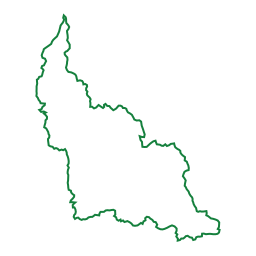 Santa Maria do Suaçuí, Minas Gerais, Brazil (Mercator projection)
{"feature_id": "56859067B88094460609616", "entity_name": "Santa Maria do Suaçuí", "entity_type": "district", "adm_level": 2, "iso_a3": "BRA", "parent_name": "Brazil", "parent_adm1": "Minas Gerais", "projection": "mercator", "projection_center": [-42.328, -18.209], "detail": "fine", "context": "isolated", "style": "outline", "palette": "green", "viewbox_px": 256, "rotation_deg": 0, "n_neighbors": 0, "source": "geoboundaries", "source_scale": "gbopen_adm2", "svg_char_len": 4578}
<svg xmlns="http://www.w3.org/2000/svg" viewBox="0 0 256 256"><path d="M63.8,15.4L63.2,17.9L64.1,19.3L63.6,21.1L62.7,22.8L61.7,24.0L60.6,25.5L60.1,27.6L59.6,29.6L59.1,31.6L58.1,33.9L57.0,36.4L55.1,38.1L53.2,39.9L52.0,41.7L51.2,43.9L49.0,45.5L46.7,47.1L45.1,48.2L43.8,49.2L43.4,51.0L42.5,52.9L41.7,55.3L42.5,57.8L45.0,58.7L46.1,61.1L44.8,63.5L44.0,65.3L42.1,66.0L41.4,68.0L42.7,69.0L43.6,70.2L42.8,72.3L42.2,74.8L41.6,76.3L39.2,76.9L38.3,78.8L36.9,79.7L37.0,81.5L37.2,83.6L36.6,86.3L36.6,89.0L36.5,91.2L36.7,93.6L36.4,96.0L37.9,98.0L38.6,99.8L40.0,101.5L40.6,103.2L42.5,103.4L44.9,103.6L44.7,105.2L42.5,106.9L41.5,109.2L39.3,109.9L41.1,111.9L43.8,111.5L45.8,112.5L43.9,113.5L45.7,115.1L47.0,116.8L46.9,118.9L45.5,120.3L45.4,122.7L44.6,125.4L44.2,127.3L46.2,128.4L47.1,130.0L48.2,132.0L48.6,134.1L49.4,135.5L49.2,137.5L48.0,139.0L48.1,140.8L48.4,142.9L48.7,145.3L50.3,146.3L52.6,146.8L54.2,148.8L56.0,148.1L57.6,148.7L59.3,150.4L61.6,149.6L63.2,150.2L65.0,149.1L66.1,150.9L66.7,152.6L66.8,154.4L67.7,156.4L68.3,158.5L68.7,161.1L68.6,163.6L67.5,165.4L68.8,167.7L68.0,169.6L67.7,171.5L67.6,173.2L68.3,175.0L68.2,177.7L68.1,180.3L67.7,182.8L68.1,185.1L68.3,187.8L68.7,189.8L70.9,190.7L71.2,192.5L72.6,194.1L74.2,195.2L74.1,196.8L72.7,198.6L70.8,200.5L70.3,202.2L72.4,202.2L75.2,202.5L73.8,203.7L72.7,205.1L72.9,207.5L74.4,207.4L75.4,209.4L75.8,211.8L75.4,213.7L74.2,215.0L73.7,216.8L75.0,218.9L76.6,217.9L78.2,217.6L79.8,219.1L81.7,219.9L83.1,219.2L85.0,219.4L86.8,218.9L88.5,217.4L90.6,216.9L92.3,216.9L93.7,215.9L95.0,214.8L97.0,215.1L99.2,215.4L99.5,213.5L100.5,211.9L102.2,211.9L104.0,211.8L105.6,210.5L107.2,210.2L109.6,210.4L111.6,210.0L113.4,209.8L115.1,210.7L115.2,212.8L115.3,214.6L114.1,216.0L116.1,217.3L116.8,219.6L118.6,220.7L120.5,219.6L121.0,221.3L123.1,220.5L124.4,222.0L125.9,221.6L127.4,221.1L129.6,222.2L131.4,223.5L133.0,225.5L135.0,225.8L137.6,225.4L139.4,224.1L141.0,222.9L142.6,223.9L143.5,221.4L145.5,220.3L145.2,218.2L146.8,216.8L149.0,217.2L150.2,218.5L152.4,219.9L153.7,221.8L155.7,222.1L157.2,224.7L156.1,226.9L158.0,228.2L160.3,229.2L162.5,229.4L164.5,228.9L167.3,227.7L169.6,226.4L172.0,225.4L174.6,226.4L176.6,228.5L176.6,230.8L175.6,233.0L177.3,234.4L176.3,236.5L177.9,238.7L177.7,240.6L180.0,240.0L181.3,238.5L183.3,238.5L184.7,237.4L185.8,236.2L187.7,235.8L189.8,237.3L192.0,237.7L193.2,240.0L195.3,239.4L196.3,237.2L198.1,236.6L199.7,236.7L201.9,236.3L202.1,233.7L203.8,233.6L205.9,234.2L208.8,233.9L210.7,233.9L213.2,234.2L215.6,234.2L217.6,233.8L219.0,232.5L219.6,229.8L217.8,229.0L218.9,227.1L219.1,224.7L219.2,222.4L217.7,220.5L215.7,219.6L213.1,218.8L210.9,218.4L209.6,217.3L207.9,216.0L206.3,215.3L206.7,213.1L206.4,211.1L203.7,211.5L201.7,211.6L199.9,211.2L198.2,211.8L196.8,211.2L196.4,209.6L196.1,208.0L194.7,206.1L193.6,204.0L193.2,202.3L192.5,200.8L192.6,198.9L192.1,197.4L190.5,195.6L189.3,193.6L188.6,191.5L186.7,189.2L185.7,187.0L184.7,185.8L185.0,183.6L185.7,180.4L184.3,178.1L182.9,176.2L183.6,173.9L184.5,171.8L186.5,170.6L188.6,170.1L188.8,168.0L188.3,165.4L187.5,163.7L186.8,161.7L184.7,160.4L184.9,158.7L185.0,157.1L183.3,155.9L181.6,154.4L180.4,152.6L180.3,150.9L179.1,149.8L177.5,149.0L175.3,147.3L174.5,145.3L174.1,143.4L172.5,143.7L170.8,143.9L169.1,145.2L166.9,146.0L165.3,144.3L163.2,145.9L161.6,145.7L159.9,144.7L156.8,144.3L156.1,142.6L155.5,140.7L153.4,141.3L151.8,142.4L150.1,143.7L148.3,145.4L146.7,146.9L144.5,147.0L142.4,146.8L142.2,144.8L142.0,141.9L140.5,139.9L140.1,137.9L139.7,136.2L142.0,137.0L144.1,137.1L144.7,134.4L143.9,132.1L143.2,129.8L142.4,127.5L141.7,125.6L141.4,123.5L141.1,121.6L139.4,120.3L136.6,120.5L134.3,119.5L133.5,117.7L132.7,116.3L131.9,114.8L130.1,113.5L127.9,112.3L126.8,110.4L126.3,108.8L124.8,108.0L122.9,108.0L122.1,106.5L120.6,105.7L118.6,105.7L117.3,107.2L116.2,108.5L114.8,109.4L113.3,110.2L112.0,109.0L110.7,107.9L109.4,106.1L107.2,105.9L105.5,103.9L104.0,104.9L104.2,106.9L103.0,108.0L100.9,106.6L98.6,105.0L97.4,106.2L96.2,107.5L94.0,108.4L92.0,106.7L90.2,106.8L90.4,104.6L90.4,102.8L90.0,101.1L90.6,99.2L89.6,97.5L88.5,96.5L87.3,95.3L86.8,93.7L87.4,91.6L86.1,90.1L86.2,88.1L87.1,86.6L86.9,85.0L85.2,84.0L83.4,84.4L83.1,82.5L82.2,81.0L80.1,80.3L77.4,80.9L76.7,78.4L76.3,76.3L75.4,74.6L73.7,73.5L71.3,72.4L68.4,71.9L66.9,69.9L66.0,67.6L66.6,65.5L67.0,63.6L67.1,61.8L67.5,59.9L67.3,57.4L65.8,55.8L64.8,54.5L64.6,52.8L65.8,51.6L67.3,51.0L68.4,49.7L69.7,48.3L69.7,46.6L69.7,44.6L68.5,42.5L67.1,40.3L67.8,38.0L67.6,35.1L67.2,32.8L67.0,30.9L68.4,29.1L69.2,27.0L68.5,25.6L67.5,24.3L66.4,23.2L66.1,21.2L66.1,19.0L65.7,17.3L63.8,15.4Z" fill="none" stroke="#15803d" stroke-width="2"/></svg>